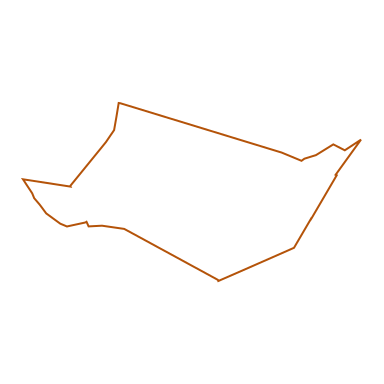 outline of Ti Rocher, Castries, Saint Lucia
{"feature_id": "8701671B9780152008483", "entity_name": "Ti Rocher", "entity_type": "district", "adm_level": 2, "iso_a3": "LCA", "parent_name": "Saint Lucia", "parent_adm1": "Castries", "projection": "mercator", "projection_center": [-60.972, 13.995], "detail": "fine", "context": "isolated", "style": "outline", "palette": "amber", "viewbox_px": 384, "rotation_deg": 0, "n_neighbors": 0, "source": "geoboundaries", "source_scale": "gbopen_adm2", "svg_char_len": 708}
<svg xmlns="http://www.w3.org/2000/svg" viewBox="0 0 384 384"><path d="M120.5,103.3L120.1,103.2L118.7,103.0L116.4,117.0L114.1,130.1L110.0,136.1L106.0,142.0L100.9,148.3L91.2,160.2L70.2,186.0L70.5,186.6L23.0,179.3L26.0,183.9L32.2,193.3L34.2,198.2L39.5,204.4L40.8,206.1L46.2,213.4L60.3,223.7L63.7,225.1L67.0,226.5L67.7,226.3L84.8,222.6L85.7,222.3L86.5,221.8L86.8,222.4L88.6,226.4L102.0,225.7L124.2,228.9L186.7,262.9L217.9,279.9L218.3,281.0L253.8,265.5L294.0,247.8L310.8,219.1L310.9,219.3L311.6,218.2L336.7,175.3L335.6,174.8L361.0,139.6L360.0,140.3L359.4,140.7L344.8,150.3L333.3,144.4L316.0,155.1L304.4,158.7L301.5,160.8L281.5,152.5L278.8,151.7L120.5,103.3Z" fill="none" stroke="#b45309" stroke-width="2"/></svg>